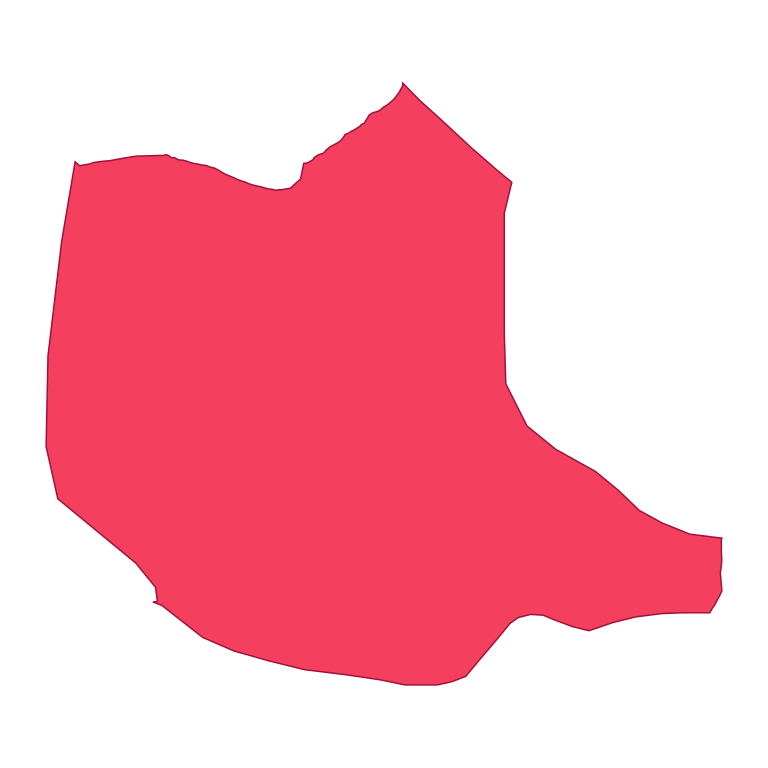 Grande Riviere/Morne Serpent, Gros Islet, Saint Lucia (orthographic projection)
{"feature_id": "8701671B88709297193728", "entity_name": "Grande Riviere/Morne Serpent", "entity_type": "district", "adm_level": 2, "iso_a3": "LCA", "parent_name": "Saint Lucia", "parent_adm1": "Gros Islet", "projection": "orthographic", "projection_center": [-60.96, 14.036], "detail": "fine", "context": "isolated", "style": "filled", "palette": "rose", "viewbox_px": 768, "rotation_deg": 0, "n_neighbors": 0, "source": "geoboundaries", "source_scale": "gbopen_adm2", "svg_char_len": 2682}
<svg xmlns="http://www.w3.org/2000/svg" viewBox="0 0 768 768"><path d="M303.7,163.3L302.8,167.9L300.5,179.1L299.4,180.1L297.9,181.4L295.9,183.1L292.8,186.0L292.2,186.6L290.6,188.2L288.1,188.5L286.7,188.8L284.8,189.2L282.6,189.5L280.9,189.7L278.7,189.7L276.0,190.3L272.9,189.5L270.3,189.1L269.1,189.0L266.6,188.5L263.5,187.5L260.3,186.7L257.1,186.0L256.3,185.8L252.6,184.9L250.6,184.3L249.4,183.9L248.1,183.4L246.2,182.5L245.4,182.2L241.8,181.0L241.0,180.7L239.6,180.3L237.0,179.2L236.4,179.0L234.5,178.0L233.3,177.5L230.2,176.2L227.6,175.2L224.9,173.9L222.5,172.7L220.5,171.4L219.6,170.8L216.9,169.3L214.0,167.9L212.8,167.7L211.6,167.5L207.5,166.0L204.9,165.2L201.7,165.1L198.7,164.2L194.7,163.6L192.0,163.0L190.8,162.6L189.4,162.2L186.5,161.1L185.2,160.8L182.6,160.1L179.9,160.1L177.2,159.2L174.4,157.6L171.6,157.8L170.7,157.1L168.8,155.7L166.4,154.7L165.4,154.9L162.8,155.5L158.0,155.5L156.8,155.5L147.0,155.9L145.8,155.9L136.7,156.1L133.2,156.6L129.6,157.2L126.4,157.7L120.4,158.7L111.3,160.4L110.0,160.6L108.1,160.8L102.5,161.3L96.8,162.1L95.5,162.2L93.2,162.7L91.5,163.3L89.3,164.0L82.4,165.2L79.6,165.7L75.1,161.8L61.7,241.1L48.0,355.8L46.1,446.4L57.8,498.8L135.9,563.2L155.5,587.3L157.3,600.4L157.4,601.4L152.9,602.0L161.7,605.3L202.8,637.5L234.0,651.0L270.1,661.2L304.6,669.7L345.6,674.7L380.1,679.8L404.8,684.9L437.6,684.9L452.4,681.5L465.8,676.3L480.0,659.2L497.4,638.8L510.0,623.4L513.1,621.2L517.9,617.7L530.5,614.4L543.2,615.2L555.0,620.1L572.4,626.6L589.0,630.7L612.7,622.6L635.6,616.9L661.6,613.6L681.4,612.8L699.6,612.8L709.0,612.8L709.8,612.8L710.6,611.4L712.6,607.7L714.7,605.0L716.0,602.4L716.9,600.6L719.4,596.3L720.5,593.7L721.9,590.8L720.3,572.5L720.7,571.0L721.0,568.0L721.7,562.1L721.7,558.0L721.5,554.6L721.3,550.8L721.4,547.0L721.4,543.9L721.2,541.2L721.4,539.7L721.9,538.1L714.0,537.2L689.7,534.1L662.3,523.1L639.5,510.6L618.3,490.3L595.5,471.5L556.0,449.5L527.1,426.1L505.8,383.8L504.3,333.7L504.3,302.3L504.3,274.1L504.3,213.1L511.8,182.3L497.1,170.2L471.8,148.2L442.6,121.1L419.3,100.0L402.8,83.1L402.5,86.4L401.5,88.0L399.1,92.4L396.2,96.2L394.4,98.7L392.0,101.0L391.2,101.7L389.3,103.3L386.4,105.5L385.7,105.9L384.2,106.7L381.3,109.0L380.1,110.0L379.1,110.8L376.8,111.6L374.8,112.2L372.2,113.0L369.9,114.6L368.9,115.4L367.9,117.3L364.3,123.1L361.3,124.6L360.0,126.2L356.4,128.5L354.4,129.8L350.6,131.7L348.9,133.0L348.2,133.3L344.9,134.7L344.3,135.9L343.9,136.6L340.9,140.4L339.0,141.9L336.2,143.6L333.5,145.0L331.2,146.1L330.5,146.5L328.2,148.4L325.8,150.5L324.4,152.3L323.4,153.2L320.1,154.2L317.8,155.2L315.5,156.7L314.3,157.4L313.1,159.6L309.4,161.8L307.7,162.8L305.6,163.2L303.7,163.3Z" fill="#f43f5e" stroke="#9f1239" stroke-width="1.5"/></svg>